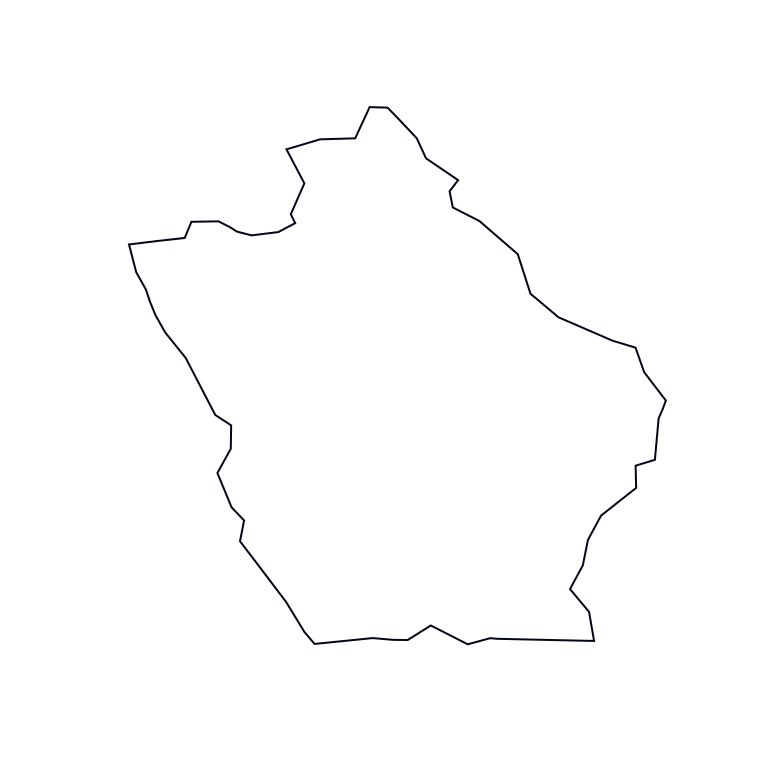 Mo'nxxairxan, Hovd, Mongolia, rotated 194°
{"feature_id": "93677404B78985711680855", "entity_name": "Mo'nxxairxan", "entity_type": "district", "adm_level": 2, "iso_a3": "MNG", "parent_name": "Mongolia", "parent_adm1": "Hovd", "projection": "equal_earth", "projection_center": [91.832, 47.003], "detail": "fine", "context": "isolated", "style": "outline", "palette": "ink", "viewbox_px": 768, "rotation_deg": 194, "n_neighbors": 0, "source": "geoboundaries", "source_scale": "gbopen_adm2", "svg_char_len": 1018}
<svg xmlns="http://www.w3.org/2000/svg" viewBox="0 0 768 768"><g transform="rotate(194 384 384)"><path d="M447.5,653.0L464.9,649.2L471.4,615.4L505.3,605.9L535.4,588.1L509.8,559.4L515.5,526.2L509.1,518.6L523.4,505.8L548.4,496.2L563.7,496.3L571.8,499.0L583.9,501.8L610.1,494.8L612.7,477.5L638.9,467.8L665.2,457.7L659.5,447.3L651.5,432.6L637.9,418.1L630.9,407.1L622.4,395.5L608.8,381.1L582.7,361.3L540.2,313.1L522.3,306.9L517.0,284.1L524.1,257.3L502.1,227.5L486.7,217.7L485.7,196.6L463.2,178.6L426.1,148.7L401.2,124.1L388.5,115.0L377.3,119.0L333.6,134.7L313.1,138.0L299.1,141.3L280.2,161.0L239.8,151.7L219.4,163.1L213.2,164.0L118.0,185.5L129.9,212.5L139.1,219.2L153.9,230.0L147.2,256.2L148.4,282.1L141.5,308.9L114.2,344.2L120.1,365.6L102.8,376.0L109.2,417.0L107.5,427.1L106.5,436.1L134.4,458.4L148.7,480.1L172.7,481.3L230.7,490.9L263.7,507.0L285.6,542.3L330.8,565.2L359.9,571.9L360.3,572.7L367.0,586.9L361.4,599.7L397.8,613.1L411.6,630.3L438.1,647.3L447.5,653.0Z" fill="none" stroke="#020617" stroke-width="2"/></g></svg>